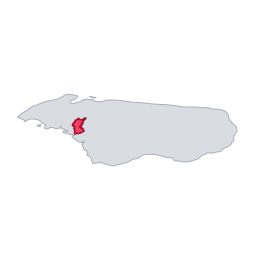 location of Port-Berge (Boriziny-Vaovao), Sofia, Madagascar, rotated 261°
{"feature_id": "10022922B55197674782137", "entity_name": "Port-Berge (Boriziny-Vaovao)", "entity_type": "district", "adm_level": 2, "iso_a3": "MDG", "parent_name": "Madagascar", "parent_adm1": "Sofia", "projection": "equal_earth", "projection_center": [47.778, -15.801], "detail": "fine", "context": "in_parent", "style": "filled", "palette": "rose", "viewbox_px": 256, "rotation_deg": 261, "n_neighbors": 0, "source": "geoboundaries", "source_scale": "gbopen_adm2", "svg_char_len": 6104}
<svg xmlns="http://www.w3.org/2000/svg" viewBox="0 0 256 256"><g transform="rotate(261 128 128)"><path d="M159.5,26.4L160.1,28.1L160.7,29.7L162.7,33.7L163.6,35.2L164.3,36.8L164.6,40.0L165.9,45.0L167.1,52.4L167.4,60.1L167.8,63.6L168.7,66.9L170.2,70.3L170.7,74.1L169.7,78.0L168.4,81.7L168.0,82.4L167.4,83.3L167.1,83.3L166.0,82.3L165.1,80.8L164.0,77.1L163.6,75.3L163.2,75.0L161.9,75.1L160.9,76.3L160.7,77.0L160.9,79.1L161.3,80.9L161.4,82.8L161.4,85.2L161.8,85.9L162.3,86.5L162.9,88.1L162.9,91.8L162.6,93.6L161.7,95.2L161.7,96.1L162.1,97.0L161.7,97.6L160.5,98.3L160.0,98.9L159.3,100.5L158.2,103.9L158.1,105.6L158.8,110.7L158.6,114.4L157.2,121.4L156.4,124.7L155.2,128.6L153.5,133.8L151.8,140.4L150.4,147.1L149.3,151.1L148.1,155.1L146.5,162.1L145.1,169.2L143.0,177.0L140.2,185.6L139.9,186.8L139.3,191.2L138.7,195.0L137.9,198.8L136.3,205.1L136.1,207.0L135.8,208.9L134.3,212.8L133.6,214.2L133.2,215.8L132.9,217.7L132.5,219.6L131.4,223.1L129.7,226.1L128.6,227.2L126.2,228.7L124.9,229.1L122.2,229.1L119.5,230.0L116.8,231.7L114.2,233.7L113.1,234.6L112.0,235.2L108.5,235.3L107.5,234.9L103.9,231.6L102.6,231.1L100.0,230.6L99.2,230.4L98.5,229.9L97.4,228.2L95.4,226.8L94.9,226.3L94.5,225.4L94.3,224.3L93.8,223.1L93.3,220.8L92.6,219.2L90.7,216.4L90.5,215.5L90.3,212.5L90.3,210.5L90.1,206.8L90.3,205.0L91.0,203.5L90.7,201.8L89.9,200.0L89.7,198.1L89.1,196.4L87.1,193.4L86.6,191.9L86.2,190.3L85.4,185.5L85.3,183.8L85.4,180.2L85.6,178.4L86.1,177.1L86.2,176.1L86.5,175.3L87.0,174.7L87.3,173.9L88.0,169.3L89.0,168.3L90.4,167.7L91.5,166.5L92.1,164.9L92.8,161.5L94.5,158.2L95.2,156.5L96.6,153.8L97.8,150.1L98.2,148.4L98.5,146.6L98.8,142.7L99.0,140.7L98.9,138.8L98.2,136.8L96.4,133.1L96.4,132.5L96.5,129.8L96.3,127.8L95.6,125.9L94.8,124.0L94.0,120.6L93.5,114.9L93.6,112.9L93.3,111.0L92.7,109.3L93.1,106.3L98.3,95.2L98.5,93.9L98.3,90.6L98.4,88.6L98.5,87.9L98.9,87.5L99.8,87.3L104.1,86.8L104.6,86.4L105.7,85.5L107.2,83.7L107.8,83.2L108.4,83.4L108.8,84.1L109.3,84.6L111.0,83.7L111.6,83.7L112.3,83.8L112.6,83.1L112.8,82.1L113.1,81.4L113.5,81.0L115.7,80.8L117.2,80.5L119.0,79.8L119.4,79.9L120.9,82.4L121.3,82.7L121.9,82.8L122.4,82.3L121.2,81.0L121.0,80.2L121.1,79.4L121.7,77.5L122.8,76.2L125.2,74.0L127.6,71.6L128.3,71.4L129.0,71.8L129.4,74.7L129.4,75.2L129.8,75.2L130.2,74.9L130.6,73.7L130.7,72.7L130.3,71.8L130.2,71.0L130.1,70.3L131.4,68.6L132.4,67.0L132.8,65.0L133.2,64.1L134.3,63.1L134.6,63.3L134.8,64.1L135.0,65.0L134.7,65.8L134.3,66.7L134.2,67.8L134.8,68.0L135.3,67.8L136.1,65.7L137.1,63.8L137.6,62.7L138.3,62.0L139.5,62.2L140.6,62.6L138.7,60.6L138.3,57.7L140.5,52.9L140.5,51.8L140.8,51.5L141.0,51.1L139.8,49.5L139.6,48.7L139.8,47.4L140.3,46.3L140.8,45.6L141.5,45.3L142.0,45.7L143.3,47.0L144.1,47.2L145.1,45.9L145.9,44.3L147.1,43.2L148.5,42.5L150.6,39.9L152.0,34.6L152.1,33.0L151.8,31.1L151.3,29.3L150.5,27.1L150.7,26.6L151.8,26.9L152.2,26.5L153.5,24.5L155.6,20.7L156.2,20.7L156.8,21.4L157.0,22.5L157.4,23.3L158.8,25.1L159.5,26.4ZM145.1,41.5L145.1,42.1L143.6,41.8L143.3,39.8L144.1,39.8L144.3,38.9L144.7,38.8L145.2,40.6L145.1,41.5ZM164.1,98.4L162.7,101.4L163.1,98.9L164.7,95.4L165.1,95.1L164.1,98.4Z" fill="#d9dde1" stroke="#a8b0b8" stroke-width="1"/><path d="M144.4,87.9L144.5,87.7L144.6,87.2L144.6,86.9L144.6,86.7L144.5,86.4L144.4,86.0L144.2,85.8L144.0,85.7L143.9,85.5L143.8,85.4L143.6,85.1L143.5,84.4L143.6,84.2L143.5,83.9L143.5,83.7L143.4,83.4L143.4,83.2L143.3,82.9L143.3,82.6L143.6,82.2L143.8,82.0L143.8,81.8L144.0,81.8L144.1,81.7L144.4,81.4L144.4,81.2L144.5,81.1L144.8,81.1L145.0,81.0L145.2,80.9L145.2,80.6L145.2,80.4L144.9,80.2L144.9,79.9L144.7,79.9L144.3,79.9L144.4,79.2L144.3,78.9L144.2,78.7L144.1,78.1L143.9,78.0L143.9,77.7L143.9,77.4L143.7,77.3L143.7,77.2L143.8,77.1L143.7,76.9L143.4,76.8L143.1,76.9L142.7,76.9L142.6,76.6L142.4,76.7L142.3,76.8L142.2,76.8L142.2,76.7L142.1,76.4L142.1,76.1L142.0,75.9L142.0,75.7L141.9,75.4L141.8,75.2L141.7,75.2L141.3,74.7L141.0,74.4L140.7,74.1L140.5,73.9L140.3,73.8L140.3,74.0L140.2,74.1L139.9,74.1L139.8,74.3L139.7,74.4L139.6,73.9L139.5,73.7L139.4,73.7L139.2,73.6L138.9,73.8L138.7,73.9L138.7,74.0L138.4,74.3L138.4,74.6L138.3,74.8L137.9,74.9L137.7,74.9L137.6,75.2L137.4,75.0L137.2,75.1L136.9,75.2L136.7,75.3L136.5,74.9L136.3,74.6L136.2,74.5L135.9,74.9L135.8,75.0L135.7,75.0L135.6,74.8L135.4,74.8L135.1,74.9L134.9,74.9L134.6,75.0L134.4,75.2L134.1,74.9L133.8,74.9L133.7,75.0L133.4,75.1L133.1,75.0L132.9,74.8L132.6,74.8L132.5,74.6L132.4,74.5L132.1,74.5L131.9,74.5L131.6,74.7L131.5,74.8L131.3,74.8L131.1,74.7L130.8,74.7L130.5,74.6L130.6,75.1L130.8,75.5L130.8,75.8L130.7,76.0L130.8,76.5L130.7,76.5L130.6,76.8L130.4,77.3L130.4,77.6L130.4,77.8L130.3,78.0L130.2,78.1L130.2,78.3L130.3,78.4L130.5,78.6L130.6,78.8L130.4,78.9L130.4,79.0L130.5,79.1L130.7,79.4L130.7,79.5L130.8,79.6L130.9,79.8L130.9,80.0L130.7,80.1L130.5,80.3L130.4,80.4L130.4,80.5L130.5,80.7L130.7,80.9L130.7,81.0L130.8,81.3L130.8,81.5L131.0,81.6L131.2,81.8L131.2,82.2L131.3,82.3L131.4,82.5L131.4,82.8L131.6,83.1L131.5,83.3L131.7,83.7L131.6,83.8L131.7,84.0L132.0,84.0L132.3,84.1L132.7,84.0L132.9,83.9L133.0,83.8L133.3,83.7L133.7,83.6L133.9,83.3L133.9,83.2L134.0,83.1L134.1,82.9L134.2,82.7L134.3,82.8L134.3,82.7L134.5,82.6L134.5,82.2L134.8,82.0L135.1,82.1L135.3,82.1L135.5,82.3L135.7,82.5L135.8,82.5L135.9,82.2L136.0,81.9L136.2,81.7L136.3,81.6L136.3,81.3L136.3,81.0L136.2,81.0L136.3,80.9L136.3,81.0L136.3,80.8L136.3,80.7L136.3,80.4L136.5,80.4L136.6,80.6L136.8,80.6L137.0,80.6L137.0,80.9L137.0,81.0L137.1,81.3L137.1,81.7L137.1,81.9L137.2,82.0L137.3,82.1L137.4,81.9L137.5,82.0L137.5,81.9L137.5,81.7L137.7,81.8L137.8,81.8L138.0,82.0L138.2,82.5L138.5,82.6L138.5,82.8L138.7,82.7L138.7,82.8L138.7,83.0L138.8,83.2L138.8,83.3L138.9,83.5L139.0,83.5L139.3,83.6L139.3,83.8L139.4,84.0L139.6,84.0L139.7,83.8L139.8,83.9L140.0,83.8L140.1,83.7L140.1,83.8L140.2,83.7L140.3,83.8L140.3,83.7L140.5,83.8L140.8,83.9L140.9,84.1L141.0,83.9L141.0,84.0L141.4,83.9L141.5,84.0L141.6,84.4L141.7,84.6L141.8,84.8L142.0,85.1L142.2,85.3L142.3,85.3L142.5,85.5L142.5,85.8L142.6,86.1L142.9,86.4L143.0,86.5L143.3,86.9L143.4,87.0L143.5,87.2L143.5,87.3L143.6,87.6L143.8,87.8L144.0,87.9L144.3,87.9L144.4,87.9Z" fill="#f43f5e" stroke="#9f1239" stroke-width="1.5"/></g></svg>